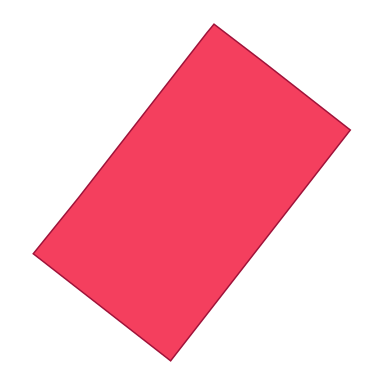 McMullen, Texas, United States of America (Equal Earth projection), rotated 38°
{"feature_id": "52423323B61214192740744", "entity_name": "McMullen", "entity_type": "district", "adm_level": 2, "iso_a3": "USA", "parent_name": "United States of America", "parent_adm1": "Texas", "projection": "equal_earth", "projection_center": [-98.627, 28.353], "detail": "fine", "context": "isolated", "style": "filled", "palette": "rose", "viewbox_px": 384, "rotation_deg": 38, "n_neighbors": 0, "source": "geoboundaries", "source_scale": "gbopen_adm2", "svg_char_len": 272}
<svg xmlns="http://www.w3.org/2000/svg" viewBox="0 0 384 384"><g transform="rotate(38 192 192)"><path d="M106.0,46.2L105.7,57.0L106.1,266.5L104.9,338.4L279.1,338.2L278.6,63.3L278.6,45.7L168.4,45.6L106.0,46.2Z" fill="#f43f5e" stroke="#9f1239" stroke-width="1.5"/></g></svg>